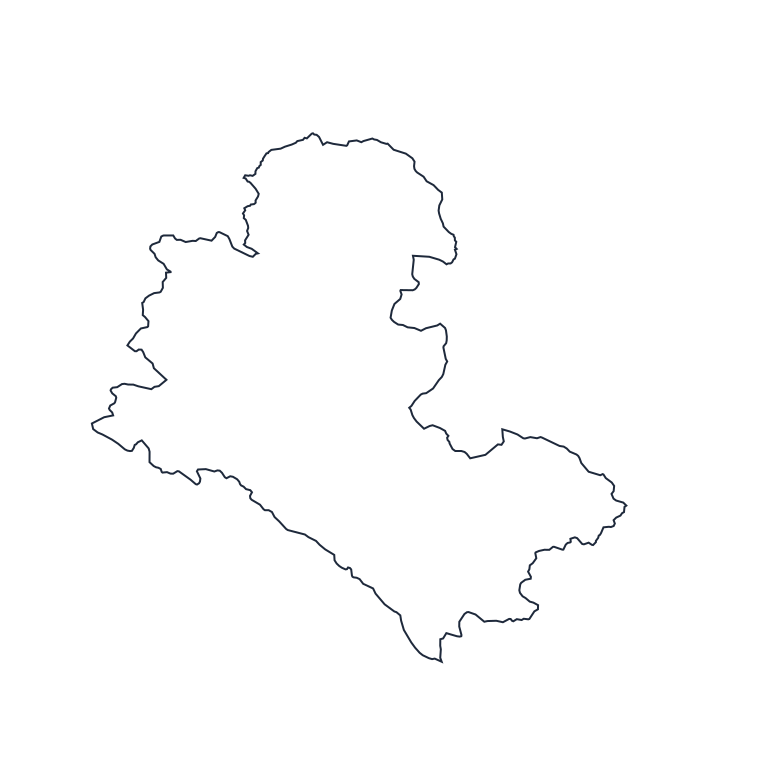 outline of Nam Nhun, Lai Chau, Vietnam, rotated 124°
{"feature_id": "81297802B14703404520131", "entity_name": "Nam Nhun", "entity_type": "district", "adm_level": 2, "iso_a3": "VNM", "parent_name": "Vietnam", "parent_adm1": "Lai Chau", "projection": "equal_earth", "projection_center": [102.988, 22.256], "detail": "fine", "context": "isolated", "style": "outline", "palette": "slate", "viewbox_px": 768, "rotation_deg": 124, "n_neighbors": 0, "source": "geoboundaries", "source_scale": "gbopen_adm2", "svg_char_len": 6166}
<svg xmlns="http://www.w3.org/2000/svg" viewBox="0 0 768 768"><g transform="rotate(124 384 384)"><path d="M452.0,629.8L457.2,625.2L461.8,622.5L462.1,619.6L463.6,614.4L468.1,611.8L469.1,612.0L473.9,616.6L475.4,616.9L480.8,617.9L486.6,617.5L491.0,618.4L495.5,618.3L496.1,608.9L495.2,607.5L492.6,606.6L491.1,604.2L492.2,601.5L495.4,596.8L496.4,587.3L499.6,583.6L502.2,566.7L511.7,569.5L514.7,572.7L518.4,574.0L523.3,586.4L524.7,591.5L527.5,595.8L528.9,599.2L530.6,601.2L535.8,603.4L538.8,606.9L541.2,607.4L542.3,607.0L543.7,604.1L544.1,599.5L545.1,598.3L549.4,596.8L550.8,596.8L554.9,598.9L558.1,598.3L558.9,596.9L559.6,593.4L561.5,591.0L568.0,597.4L580.1,604.1L584.0,599.9L584.3,594.3L583.3,589.2L582.2,578.4L582.2,570.9L583.1,562.3L582.7,559.5L581.6,557.0L580.4,555.6L576.9,555.7L573.9,556.6L572.6,555.8L570.0,555.5L566.2,553.3L569.0,543.1L571.2,540.5L579.9,534.7L580.8,529.1L580.5,526.4L579.6,524.2L579.3,521.6L581.2,519.1L581.3,518.1L578.4,514.6L577.7,510.9L576.2,508.6L571.8,506.6L571.1,505.2L571.5,491.0L572.3,484.1L571.9,482.8L569.7,481.8L567.8,482.0L565.0,483.4L561.0,490.3L558.9,490.4L554.2,484.1L551.4,475.7L548.8,473.8L547.7,471.7L548.2,468.7L550.3,463.8L550.2,461.9L546.5,459.9L545.4,457.4L545.1,452.5L546.0,449.3L547.4,447.5L548.0,445.8L547.6,443.0L548.3,439.6L546.8,435.5L547.6,432.9L551.7,432.5L553.5,430.9L554.0,429.0L553.4,419.3L555.2,413.8L555.2,412.1L553.1,409.0L552.8,405.3L555.5,400.3L556.5,394.0L558.9,384.1L558.9,382.1L553.0,365.4L553.2,361.0L552.1,352.6L553.3,347.5L554.0,340.3L553.5,329.7L557.8,326.4L559.3,322.9L559.9,319.4L559.9,316.3L559.2,312.2L558.2,311.2L556.2,311.2L555.6,309.3L556.1,307.5L560.8,303.4L561.4,302.3L561.3,301.1L559.9,298.3L559.4,295.1L561.3,289.5L559.6,278.7L562.5,273.8L566.3,260.3L566.8,248.2L566.2,246.1L566.7,241.1L570.6,237.5L576.8,230.0L583.0,216.9L585.2,210.8L586.9,204.2L587.2,200.2L586.2,193.5L585.2,190.3L583.3,188.4L582.0,180.9L579.5,184.3L572.2,188.5L569.6,191.0L564.1,194.6L561.9,192.7L555.7,193.0L552.3,182.4L551.1,180.0L549.9,178.9L548.8,179.4L543.0,186.0L539.0,188.6L529.7,188.7L526.8,187.6L525.8,186.4L523.9,179.2L525.0,167.9L522.7,165.7L517.5,158.5L515.0,152.2L508.8,148.9L508.0,147.6L508.7,145.4L508.4,144.1L504.7,142.4L502.7,137.9L500.5,136.9L498.4,132.8L497.5,132.1L488.4,132.2L484.7,130.4L481.2,132.6L481.7,137.9L482.9,141.5L482.3,147.0L482.5,150.4L481.1,154.5L479.3,156.5L473.9,159.0L472.1,159.1L467.3,157.4L463.4,153.5L461.7,154.4L459.0,159.6L456.3,159.9L452.8,161.7L449.4,160.5L443.3,160.3L439.6,164.0L438.8,164.1L435.7,162.1L431.7,158.3L429.0,154.2L424.6,152.9L423.9,152.1L421.6,143.5L421.0,142.7L415.5,143.5L413.1,142.9L411.3,141.1L410.4,140.9L408.1,142.9L404.4,140.0L403.8,137.7L405.8,130.2L405.1,128.6L401.1,125.6L401.1,121.8L400.6,120.6L396.6,119.9L395.6,120.6L391.8,120.4L389.6,121.2L388.3,120.6L386.2,120.7L380.1,121.9L376.6,117.7L375.7,115.9L373.3,114.2L370.6,114.6L368.5,117.5L364.9,116.8L360.9,114.4L358.0,114.4L356.0,113.4L351.4,115.9L349.3,115.1L348.5,119.3L350.8,126.4L350.7,129.6L347.9,133.9L344.4,133.7L339.8,136.2L338.3,140.1L338.0,147.5L336.3,151.4L336.4,152.3L338.7,153.7L342.3,165.3L339.2,176.2L336.1,180.5L335.0,182.8L334.8,185.0L336.2,192.2L335.3,196.3L335.4,200.0L337.2,203.8L340.1,223.3L340.5,224.6L343.4,226.8L346.2,233.0L350.4,236.7L351.1,238.2L351.2,245.1L353.0,253.1L355.4,260.6L361.4,255.9L364.6,252.6L368.7,252.6L370.4,255.8L386.0,260.3L397.4,271.0L395.6,276.4L395.3,279.2L396.3,282.4L399.7,287.5L399.6,290.8L396.6,296.4L395.5,297.4L394.8,300.0L393.3,301.6L391.0,301.6L390.3,304.7L388.7,307.1L389.2,313.0L391.0,320.6L393.2,322.6L398.7,325.8L396.9,336.0L395.5,340.1L393.9,343.1L390.3,347.6L389.6,349.8L386.8,349.0L380.8,349.1L372.2,347.6L370.4,346.6L368.0,343.9L360.3,340.8L350.1,340.7L345.8,340.0L342.6,340.4L333.7,343.9L330.0,344.2L328.6,346.9L320.6,355.1L319.4,355.7L315.4,355.3L312.8,356.4L309.5,358.5L304.9,362.6L303.4,364.7L302.6,371.2L305.7,372.6L314.3,380.4L319.2,383.1L320.6,390.1L323.8,396.1L324.5,401.3L326.8,405.5L326.9,410.4L326.4,413.3L325.4,415.6L318.7,418.6L311.8,420.1L304.4,418.1L299.9,419.5L297.7,422.5L296.8,422.7L290.2,412.6L288.4,411.4L286.3,410.9L281.6,411.0L280.2,412.2L279.9,417.6L278.8,420.2L277.2,422.0L264.4,428.8L261.5,431.7L253.2,417.6L250.1,407.8L249.5,403.6L249.8,399.1L248.3,398.3L246.8,396.2L245.0,395.6L241.8,396.0L240.4,395.3L235.9,396.5L233.0,400.3L231.4,399.3L230.9,401.6L225.7,403.6L225.3,405.5L223.0,407.2L222.6,408.6L221.4,409.8L221.9,412.2L221.8,415.3L220.2,422.6L217.9,425.0L215.3,429.4L211.8,433.7L209.7,435.7L205.0,438.0L198.4,438.9L193.0,443.1L192.8,447.6L191.4,454.1L192.1,462.0L190.0,467.1L190.1,474.8L189.7,476.8L188.6,479.1L186.6,480.9L182.6,483.0L181.0,486.7L180.8,494.7L184.4,507.0L182.7,515.4L183.6,516.3L185.3,521.7L185.6,526.3L186.8,529.0L187.0,530.9L194.1,536.9L196.2,538.0L197.3,542.8L202.5,548.7L206.7,548.0L207.6,548.4L213.3,560.4L215.4,566.4L219.8,568.3L215.5,576.0L215.1,579.2L216.2,581.3L215.9,583.1L216.9,583.9L223.5,585.3L224.3,587.5L226.9,587.7L231.1,591.7L233.3,592.0L237.1,594.4L242.6,598.8L246.7,601.3L252.9,608.3L256.2,609.4L257.4,609.2L258.5,610.4L261.7,610.4L264.9,610.3L266.5,609.5L269.0,610.3L271.3,608.7L273.1,609.2L274.6,608.8L275.9,609.8L279.5,609.5L281.7,608.1L284.9,609.3L285.9,611.8L287.1,612.7L288.6,615.8L291.6,615.6L291.0,613.6L292.4,610.3L291.8,609.0L291.9,607.2L293.9,599.7L296.4,594.2L299.0,593.3L303.7,593.1L305.4,591.8L306.2,591.9L307.6,592.4L309.7,594.8L311.1,594.7L312.9,596.5L316.4,598.1L317.6,596.2L321.5,596.3L322.4,594.3L324.9,593.0L325.2,590.4L328.9,585.2L330.6,583.8L333.7,583.1L336.0,579.7L342.6,579.5L344.7,577.9L346.8,578.2L347.1,574.3L345.9,569.3L346.2,561.6L347.8,563.1L351.9,563.9L353.1,567.1L355.5,583.9L354.9,586.6L350.3,593.2L348.8,596.2L350.1,605.3L350.7,606.3L352.3,607.1L356.5,606.2L361.6,607.1L365.8,617.7L366.7,618.6L370.7,620.0L372.3,622.7L377.2,627.8L378.2,633.3L380.4,636.4L380.2,638.6L378.7,641.8L384.3,650.0L386.3,651.1L391.8,649.7L397.9,654.1L400.6,654.6L402.7,653.5L403.4,652.4L404.4,647.0L406.6,644.2L407.8,640.3L407.6,633.9L410.4,628.1L410.2,623.8L410.6,623.5L413.6,627.0L417.8,623.9L423.2,624.5L427.9,621.1L432.4,620.7L433.6,621.3L437.2,625.4L442.1,628.2L446.4,629.7L450.5,629.1L452.0,629.8Z" fill="none" stroke="#1e293b" stroke-width="2"/></g></svg>